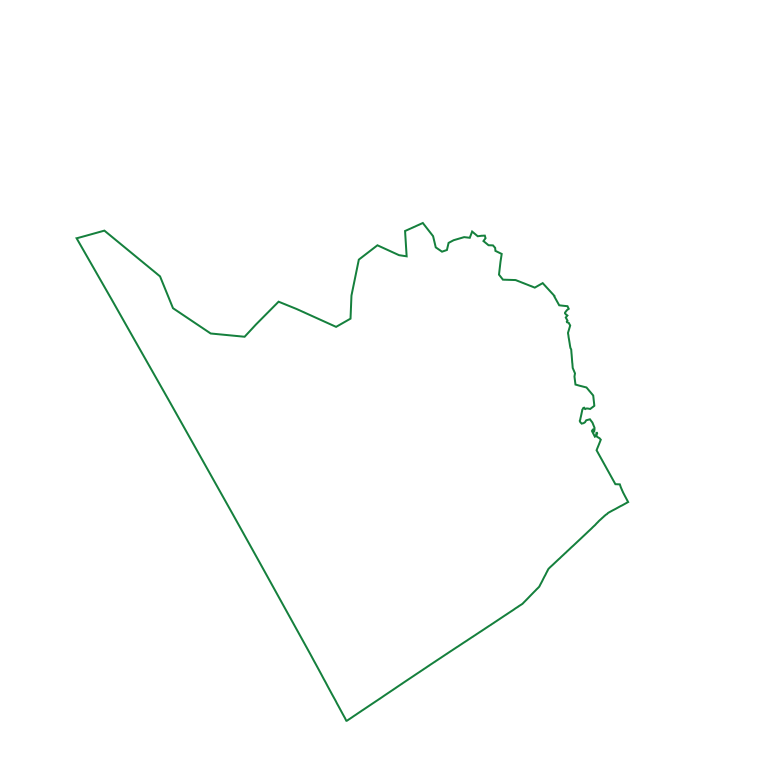 Soudari, North Kordufan, Sudan (orthographic projection), rotated 241°
{"feature_id": "16777658B52132204049815", "entity_name": "Soudari", "entity_type": "district", "adm_level": 2, "iso_a3": "SDN", "parent_name": "Sudan", "parent_adm1": "North Kordufan", "projection": "orthographic", "projection_center": [27.862, 15.17], "detail": "fine", "context": "isolated", "style": "outline", "palette": "green", "viewbox_px": 768, "rotation_deg": 241, "n_neighbors": 0, "source": "geoboundaries", "source_scale": "gbopen_adm2", "svg_char_len": 4846}
<svg xmlns="http://www.w3.org/2000/svg" viewBox="0 0 768 768"><g transform="rotate(241 384 384)"><path d="M343.8,188.6L289.3,188.7L184.2,188.6L175.3,188.5L172.5,188.5L160.9,188.4L155.7,188.3L151.1,188.3L147.0,188.2L137.8,188.1L129.9,188.1L127.6,188.0L127.3,188.0L124.3,188.0L115.5,187.9L112.4,187.9L111.8,187.9L111.1,187.9L110.1,187.9L109.4,187.8L108.8,187.8L108.3,187.8L108.0,187.8L107.7,187.8L107.5,188.2L107.5,188.5L107.5,188.8L107.6,189.9L107.7,190.8L107.7,191.4L107.9,193.4L107.9,193.6L107.9,193.8L108.0,194.6L108.3,197.8L108.3,198.2L108.3,198.3L108.6,201.3L108.9,205.0L109.1,207.0L109.1,207.5L109.3,209.8L110.0,218.0L111.0,230.1L111.3,233.1L113.4,257.2L116.0,288.2L116.7,297.1L117.9,312.1L121.3,356.8L123.3,382.0L123.7,387.4L123.8,388.5L123.9,389.1L123.9,389.3L124.0,390.1L124.1,391.6L124.2,393.6L124.3,393.7L124.4,395.3L124.5,397.1L124.6,398.5L125.3,400.8L126.8,405.9L127.8,409.1L128.4,411.1L128.9,412.8L129.1,413.4L130.1,416.9L130.4,417.7L130.5,418.2L130.5,418.3L130.6,418.5L130.8,419.3L131.0,420.0L131.1,420.3L131.4,421.3L131.5,421.6L132.0,422.3L133.0,423.8L133.5,424.6L134.6,426.3L135.2,427.2L135.5,427.6L136.4,428.9L137.0,429.8L137.1,430.0L137.9,431.1L138.1,431.5L138.5,432.2L138.9,432.7L139.2,433.2L139.4,433.5L139.8,434.0L140.7,435.4L141.4,436.5L141.5,436.5L142.3,437.8L142.6,438.3L142.8,439.1L143.1,440.0L143.7,442.5L143.9,443.4L144.9,447.3L146.1,452.0L146.3,453.1L146.4,453.4L146.9,455.2L147.0,455.6L147.7,458.5L148.1,460.0L148.5,461.8L148.8,462.7L148.8,462.8L150.4,469.1L150.8,470.9L152.2,476.4L153.1,480.0L154.2,484.3L154.8,486.7L156.1,491.7L157.1,495.7L157.5,497.0L158.2,499.8L158.2,500.0L158.9,502.0L159.0,502.3L159.7,504.8L159.8,504.9L160.2,506.4L160.3,506.8L160.5,507.9L160.7,508.5L160.9,509.6L161.0,509.7L161.2,510.7L161.4,511.7L161.5,511.9L161.8,513.1L161.8,513.4L161.8,513.5L162.1,514.5L162.1,515.4L162.1,515.7L162.1,515.8L162.2,516.1L162.3,516.4L162.5,517.2L162.6,517.7L162.6,517.9L162.6,518.0L162.6,518.4L162.6,519.3L162.6,520.6L162.6,521.5L162.6,522.7L162.6,522.8L162.5,525.4L162.5,526.1L162.5,526.6L162.5,527.6L162.5,528.8L162.5,529.2L162.5,529.5L162.5,530.1L162.5,531.6L162.4,533.4L162.4,534.0L162.4,535.4L162.4,537.3L162.4,537.6L162.4,538.6L162.4,540.1L162.4,540.3L168.3,540.4L168.5,540.4L169.0,540.4L172.6,540.5L173.3,540.5L173.5,540.5L173.8,540.6L175.4,540.7L175.6,540.7L175.8,540.7L176.0,540.8L176.5,540.8L177.3,540.9L178.3,541.0L178.6,541.0L180.8,541.4L181.9,541.6L184.2,537.8L185.3,537.8L186.0,537.8L189.2,537.8L190.5,537.8L192.6,537.8L193.4,537.8L198.8,537.8L199.3,537.8L201.3,537.8L202.1,537.8L204.4,537.8L206.7,537.8L208.1,537.8L214.4,537.8L220.3,537.8L221.3,537.8L222.7,537.8L223.0,537.8L224.9,540.1L225.6,541.0L228.2,544.2L230.2,546.6L232.1,546.2L234.1,545.0L235.4,544.5L237.0,545.8L237.2,546.1L237.5,546.5L238.0,546.6L238.2,546.2L237.8,545.8L237.4,545.5L237.0,545.1L236.7,544.8L235.7,543.4L235.7,543.2L235.7,542.9L242.1,543.1L242.7,544.2L242.8,544.3L242.9,544.7L242.9,544.9L242.5,545.1L241.4,544.8L240.8,544.2L240.7,544.6L240.6,544.8L241.0,545.0L241.9,545.9L243.7,546.9L249.3,547.6L249.8,547.5L253.3,547.0L254.2,543.4L254.2,543.2L253.1,541.3L253.1,541.2L253.1,540.8L253.1,540.5L253.0,540.1L253.0,539.8L253.0,539.6L253.2,538.9L253.4,538.2L253.5,537.7L255.4,537.2L256.8,537.3L257.0,537.5L257.6,538.2L257.7,538.4L258.4,538.9L259.3,539.7L260.6,540.9L261.1,541.3L261.7,541.9L261.9,542.0L262.0,542.1L265.0,544.7L265.3,544.9L265.5,545.3L265.9,545.9L266.3,546.7L266.4,546.8L266.2,547.6L265.4,547.7L264.9,547.6L264.5,547.9L264.5,548.4L264.4,549.1L264.3,549.5L263.7,550.4L262.9,551.4L262.8,551.5L262.2,552.2L262.6,555.0L262.9,557.1L263.0,557.4L264.4,558.0L264.6,558.1L272.5,561.4L282.8,559.4L286.3,555.7L287.7,554.2L290.7,551.2L298.2,554.2L299.2,555.0L300.7,556.2L306.1,556.8L306.5,556.8L310.6,558.7L311.2,558.9L319.3,562.6L319.6,562.7L323.5,564.5L324.9,564.5L325.0,564.5L326.9,565.1L329.6,566.1L333.8,567.6L335.3,568.1L337.5,569.0L338.5,569.3L339.5,569.7L344.9,575.2L346.9,575.2L347.9,575.2L349.3,574.0L349.9,574.1L350.5,575.2L354.0,575.2L355.0,577.6L356.8,576.8L358.1,576.6L358.7,577.0L359.9,579.8L360.1,581.2L360.2,582.0L363.1,582.2L365.6,578.6L367.9,575.4L373.9,575.4L377.7,575.4L377.8,575.4L377.8,575.6L378.2,575.8L395.3,571.7L395.2,562.6L411.1,549.5L417.6,538.6L423.9,537.6L434.5,545.2L440.7,550.0L446.4,546.0L449.2,547.2L452.4,546.5L454.7,542.7L460.8,540.3L462.3,543.5L464.9,544.1L466.3,541.3L467.8,537.6L474.6,535.0L470.3,529.9L473.6,525.3L476.0,514.6L476.1,508.9L470.7,504.0L471.6,498.9L478.4,495.5L489.5,498.6L506.0,496.0L507.6,476.6L484.7,465.7L489.4,459.6L508.5,445.5L505.0,422.3L477.1,398.4L457.4,386.4L457.2,369.8L492.0,343.9L507.1,331.7L498.1,300.8L492.9,285.0L512.2,256.9L552.6,236.2L586.7,240.3L653.7,213.8L656.6,201.7L658.2,195.0L660.3,186.4L660.4,186.1L660.5,185.8L660.4,185.8L588.5,186.8L543.4,187.2L474.4,187.9L441.5,188.1L343.8,188.6Z" fill="none" stroke="#15803d" stroke-width="2"/></g></svg>